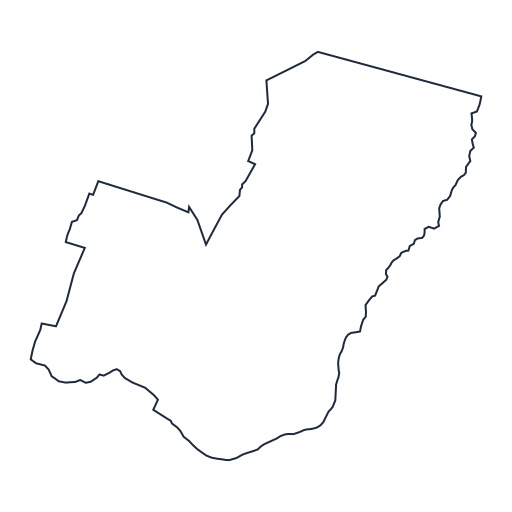 Maipú, Mendoza, Argentina
{"feature_id": "61730980B18829369395752", "entity_name": "Maipú", "entity_type": "district", "adm_level": 2, "iso_a3": "ARG", "parent_name": "Argentina", "parent_adm1": "Mendoza", "projection": "equal_earth", "projection_center": [-68.638, -32.977], "detail": "fine", "context": "isolated", "style": "outline", "palette": "slate", "viewbox_px": 512, "rotation_deg": 0, "n_neighbors": 0, "source": "geoboundaries", "source_scale": "gbopen_adm2", "svg_char_len": 2534}
<svg xmlns="http://www.w3.org/2000/svg" viewBox="0 0 512 512"><path d="M98.3,181.2L93.1,194.8L89.3,193.6L86.0,202.7L85.0,205.6L81.3,213.3L78.9,215.4L77.0,220.1L71.9,221.9L69.7,229.5L67.8,233.8L66.8,237.3L65.8,242.1L84.8,247.9L73.9,273.3L66.5,301.2L56.0,326.3L41.7,323.5L40.3,329.9L35.1,341.6L32.6,350.3L30.7,359.4L36.1,363.3L44.9,365.5L48.7,369.6L51.7,376.3L55.0,378.5L58.7,381.3L65.7,382.6L75.4,381.9L80.2,380.0L85.8,382.8L90.8,381.7L96.8,377.7L99.5,374.5L103.7,375.6L109.5,372.7L113.1,370.4L116.7,369.2L120.1,371.1L121.6,374.4L124.7,377.9L132.6,382.6L145.1,387.7L154.2,395.4L157.9,399.7L153.3,409.8L167.7,419.0L170.7,420.7L172.0,423.5L177.3,427.5L180.3,430.9L183.7,436.8L189.1,441.0L193.0,445.2L197.6,449.4L206.1,455.4L211.4,457.6L217.0,458.7L221.2,459.2L226.1,460.0L229.3,460.1L236.5,458.0L242.4,454.7L247.0,453.0L253.5,451.0L257.8,449.4L260.9,446.4L264.4,444.1L276.7,438.5L280.5,436.1L284.7,434.5L288.0,434.0L293.4,434.1L298.1,432.6L300.9,431.5L303.7,430.2L306.8,429.4L310.5,429.1L314.0,428.4L317.2,427.4L320.6,425.2L323.4,422.0L325.6,417.4L328.7,411.4L330.9,409.2L332.6,407.0L335.3,400.4L335.6,394.6L335.9,388.8L336.1,384.6L337.0,381.4L338.6,376.7L339.2,372.7L338.6,369.7L338.1,362.9L338.8,357.7L340.0,354.0L341.7,351.1L343.1,347.4L343.6,344.3L344.6,340.8L346.0,337.4L348.2,334.6L351.4,332.8L354.3,332.5L360.0,331.5L361.1,326.1L363.2,319.7L365.7,316.8L366.0,312.4L365.5,305.1L369.2,300.0L372.1,296.5L375.1,295.6L378.8,286.3L382.0,283.6L386.3,279.7L387.5,276.8L385.9,274.0L386.2,270.0L388.1,268.1L390.2,265.4L391.6,262.6L393.7,260.2L396.5,258.6L399.7,256.2L401.3,252.8L405.7,250.9L408.4,250.6L409.8,246.0L413.8,243.8L414.9,240.2L417.5,238.5L422.2,237.9L424.1,235.4L424.6,232.4L424.6,229.0L428.7,226.8L434.1,228.6L439.0,225.9L438.2,222.2L439.8,216.4L439.5,213.0L439.2,208.1L440.6,204.4L443.0,201.0L447.1,199.8L450.1,196.1L451.1,192.7L451.9,190.0L453.3,187.5L455.5,185.1L457.9,179.9L460.9,176.8L463.8,175.2L465.8,172.8L466.0,167.0L468.4,163.6L470.3,161.1L469.2,156.2L470.3,151.0L473.8,147.6L472.7,144.0L471.9,139.4L474.9,136.3L475.9,132.9L472.4,129.3L471.3,124.7L472.1,121.9L472.1,118.9L471.5,113.4L476.9,111.5L479.4,105.1L480.2,102.0L481.3,96.4L317.9,51.9L313.3,54.5L305.3,61.0L266.4,80.4L268.0,103.9L265.3,111.6L254.3,128.7L254.3,133.3L251.6,135.6L252.3,150.3L248.2,161.1L255.1,164.2L245.5,181.2L242.1,184.4L242.1,187.4L240.0,189.8L239.4,196.0L230.4,205.3L222.0,214.6L211.3,234.5L206.0,244.6L197.4,220.0L189.1,206.9L188.4,212.3L177.4,207.7L166.2,202.4L157.3,199.7L98.3,181.2Z" fill="none" stroke="#1e293b" stroke-width="2"/></svg>